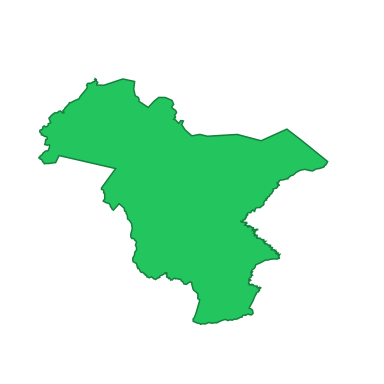 Bodi, Western, Ghana (Equal Earth projection), rotated 255°
{"feature_id": "2480657B1960270363323", "entity_name": "Bodi", "entity_type": "district", "adm_level": 2, "iso_a3": "GHA", "parent_name": "Ghana", "parent_adm1": "Western", "projection": "equal_earth", "projection_center": [-2.872, 6.24], "detail": "fine", "context": "isolated", "style": "filled", "palette": "green", "viewbox_px": 384, "rotation_deg": 255, "n_neighbors": 0, "source": "geoboundaries", "source_scale": "gbopen_adm2", "svg_char_len": 6005}
<svg xmlns="http://www.w3.org/2000/svg" viewBox="0 0 384 384"><g transform="rotate(255 192 192)"><path d="M112.8,258.2L113.2,257.1L114.0,257.5L113.9,256.4L114.8,256.5L115.8,253.5L116.2,253.6L117.0,255.2L117.5,255.3L119.2,252.5L119.5,252.6L119.9,253.9L120.2,254.0L121.2,251.8L121.9,251.0L122.5,251.0L123.1,249.0L124.0,248.7L124.3,249.2L124.9,248.6L125.3,250.1L125.7,248.9L126.9,248.0L127.2,249.5L127.8,247.6L129.6,245.3L129.9,245.5L130.5,242.8L131.5,242.6L131.3,243.3L132.1,243.1L133.2,243.8L133.7,242.6L133.6,241.4L134.4,241.9L134.6,241.2L136.0,242.0L136.1,241.2L136.6,242.0L137.0,241.6L137.4,242.0L137.8,243.3L138.6,244.4L138.6,245.7L138.9,245.7L139.3,244.7L139.0,243.6L139.3,243.4L139.6,242.3L138.8,241.4L139.5,241.2L139.4,240.3L140.4,240.9L140.3,241.9L141.7,242.0L142.2,240.6L143.6,239.8L143.3,239.5L143.8,238.4L143.5,237.9L143.7,236.7L144.1,236.7L144.1,237.6L144.6,238.2L145.0,236.5L146.1,235.5L146.2,234.8L146.6,235.4L147.3,235.0L147.5,235.5L147.0,235.8L147.6,236.8L148.1,236.1L148.6,236.6L149.8,232.6L150.6,231.6L151.0,231.6L150.5,232.2L151.0,233.9L151.8,234.0L151.6,235.9L152.3,236.6L152.9,236.4L153.1,237.4L153.7,238.0L154.4,238.0L154.7,238.6L155.0,238.4L155.5,239.8L156.0,239.3L157.0,240.0L157.5,241.6L156.9,242.7L156.9,243.5L158.2,244.7L158.9,246.3L157.1,247.1L157.0,247.4L159.8,249.2L160.0,251.1L159.3,253.8L160.3,255.6L161.0,257.9L162.0,258.4L163.0,258.4L164.6,259.9L165.0,261.9L166.1,261.5L166.3,263.0L167.4,263.5L167.8,265.6L169.0,266.3L170.1,268.8L171.1,269.5L171.9,270.7L173.9,271.2L173.9,274.7L174.9,276.2L175.9,276.5L175.9,278.0L176.8,277.9L176.9,277.1L177.6,277.1L177.9,276.6L178.3,277.2L178.9,276.8L179.1,277.2L178.7,277.9L180.5,279.5L180.5,281.5L180.1,283.4L180.3,285.9L180.0,287.5L180.3,287.7L180.0,288.1L180.6,288.5L182.1,291.5L182.2,294.2L184.1,298.0L185.0,302.5L184.6,307.1L182.9,310.0L181.2,313.6L181.3,315.0L182.2,317.8L181.7,320.6L181.9,324.8L182.2,326.2L183.0,326.6L183.4,327.8L184.4,329.3L186.3,330.9L214.4,310.5L228.2,299.9L223.6,272.0L235.9,250.6L241.9,221.2L245.6,214.6L246.3,206.4L253.6,201.5L259.6,199.5L262.9,202.0L263.9,199.7L261.8,196.8L265.9,194.7L266.9,193.3L267.3,194.3L268.0,194.2L268.3,195.2L268.8,195.5L270.8,195.1L272.4,197.4L273.1,197.7L275.2,197.2L277.8,194.9L279.0,194.5L280.0,195.0L281.5,197.0L285.6,196.4L290.2,190.7L292.0,184.4L289.7,179.2L285.0,171.6L293.4,164.2L295.0,164.8L297.1,164.7L299.7,162.1L306.3,162.3L313.6,165.2L319.1,154.4L317.9,134.6L319.8,128.2L320.0,127.7L321.2,128.0L321.7,129.0L322.2,129.3L324.2,128.3L325.4,128.7L326.4,127.9L325.5,127.7L325.6,127.2L324.5,127.4L323.9,125.9L324.1,125.1L323.4,123.9L323.5,123.0L323.1,121.9L323.7,121.1L323.8,119.1L322.4,117.8L321.5,118.1L320.1,117.8L319.0,116.9L313.3,108.8L311.3,107.0L310.3,100.5L309.7,98.6L310.0,96.8L308.6,95.4L305.9,90.9L305.2,90.6L303.9,88.4L302.2,89.0L301.6,88.7L302.0,87.2L302.5,87.5L302.8,86.9L304.2,86.1L304.4,84.7L304.3,83.8L303.5,83.0L303.5,81.6L304.0,79.8L302.4,76.0L300.9,74.1L300.7,73.2L300.0,72.9L295.5,73.5L295.1,70.8L293.9,70.6L293.0,69.2L292.6,67.7L294.0,66.5L293.8,65.1L291.5,63.9L291.2,63.1L291.1,61.4L290.5,60.7L288.7,60.7L287.4,61.9L286.3,61.3L285.0,63.2L283.9,63.8L283.1,65.8L281.6,66.4L280.6,65.9L280.6,64.3L277.4,63.0L276.0,62.0L274.6,64.4L274.6,66.3L273.6,66.6L270.8,65.0L269.0,63.3L269.5,61.2L267.9,57.8L266.9,57.1L266.0,54.6L265.3,54.3L265.1,53.2L264.0,53.1L262.1,55.2L259.2,55.9L258.9,56.4L257.5,56.6L257.2,58.9L256.7,60.4L255.7,67.9L261.6,73.0L234.4,124.3L219.2,105.5L217.9,105.3L217.2,106.5L216.0,107.1L214.1,106.4L213.5,107.2L207.8,106.0L206.8,104.4L206.2,103.9L204.2,105.9L202.1,109.1L200.4,109.6L198.9,109.5L197.9,110.1L196.0,110.4L194.8,111.4L199.5,118.6L193.8,122.4L192.1,122.0L190.8,122.2L190.1,123.2L188.4,122.8L186.5,123.5L182.7,122.8L180.8,124.2L177.1,125.4L172.0,124.8L167.0,121.9L164.2,121.3L162.6,121.9L162.3,123.3L161.2,124.2L160.2,124.2L159.0,125.3L157.8,125.3L155.2,123.6L153.3,124.0L151.5,123.8L150.1,123.1L148.7,121.2L145.5,119.8L143.8,117.9L142.3,117.3L139.9,117.1L137.3,119.8L134.0,119.8L133.6,120.3L133.2,119.7L131.9,120.0L131.7,120.8L131.0,121.3L128.6,121.5L127.4,122.3L127.2,123.6L125.8,124.7L125.3,124.6L124.6,125.6L123.8,125.5L123.2,126.5L121.7,126.5L120.2,128.6L120.5,131.1L118.0,132.6L117.4,133.8L116.9,134.1L117.8,136.9L117.8,138.6L118.3,138.4L118.9,138.8L119.3,139.7L119.5,141.9L120.3,144.4L121.0,145.3L120.8,146.2L120.3,146.7L119.9,145.3L119.4,146.2L118.6,146.0L117.8,146.4L116.7,145.5L116.2,145.7L115.8,146.6L114.5,147.0L114.7,148.0L112.3,148.7L112.6,149.5L112.2,150.2L112.9,151.1L113.3,152.4L112.4,153.5L112.7,154.0L111.4,156.2L110.7,158.5L108.9,158.6L108.0,159.8L105.3,160.4L104.9,161.2L104.2,162.9L104.8,163.8L105.8,167.0L104.3,168.3L102.8,167.9L97.9,167.9L96.7,168.2L94.0,170.3L91.9,171.3L87.5,170.0L85.9,171.5L84.0,170.6L73.9,164.5L70.3,161.9L68.9,160.1L66.8,159.7L64.3,162.8L62.8,165.6L61.9,166.2L62.1,168.1L61.1,170.6L61.6,174.7L61.0,175.4L59.9,177.9L60.0,179.3L59.2,182.4L59.9,185.4L60.3,189.3L60.2,191.5L58.6,193.2L58.6,196.3L57.8,197.5L58.2,200.0L57.6,202.5L58.4,205.8L58.2,207.9L59.4,208.8L59.7,210.0L59.0,212.2L59.5,213.1L59.4,215.0L58.8,215.6L57.9,217.4L58.3,218.5L58.8,219.0L58.8,219.5L62.0,219.9L63.1,219.5L65.1,217.1L71.6,223.2L74.8,225.5L77.2,227.9L77.8,227.9L78.3,229.8L79.4,231.6L80.0,231.2L80.2,231.8L80.8,232.2L81.6,233.6L82.6,232.6L82.0,230.8L83.0,230.7L83.2,230.0L84.4,230.4L85.0,228.2L85.6,227.4L86.4,227.3L87.0,226.6L86.6,225.7L87.4,225.4L87.1,224.5L87.9,222.6L87.9,223.9L88.5,223.5L89.1,223.5L89.3,223.0L90.9,223.8L91.3,225.0L91.6,224.0L91.8,224.0L91.9,225.0L92.2,225.4L92.6,224.3L93.3,224.3L93.4,225.2L94.4,226.1L94.7,227.3L95.7,227.8L96.0,228.8L96.9,227.9L97.1,228.4L98.7,228.2L98.4,229.5L98.7,228.9L99.3,229.7L99.8,228.8L100.7,229.2L102.1,232.4L103.1,233.5L105.2,234.7L105.9,239.6L107.2,245.4L106.6,247.8L106.7,250.4L106.4,252.3L105.8,255.4L105.1,256.6L105.5,257.8L105.3,259.0L106.0,258.9L106.3,259.4L107.9,258.8L107.9,259.6L108.9,260.6L108.9,259.5L109.4,259.6L109.9,258.4L110.7,259.1L110.7,257.7L111.1,257.1L111.9,258.2L112.8,258.2Z" fill="#22c55e" stroke="#15803d" stroke-width="1.5"/></g></svg>